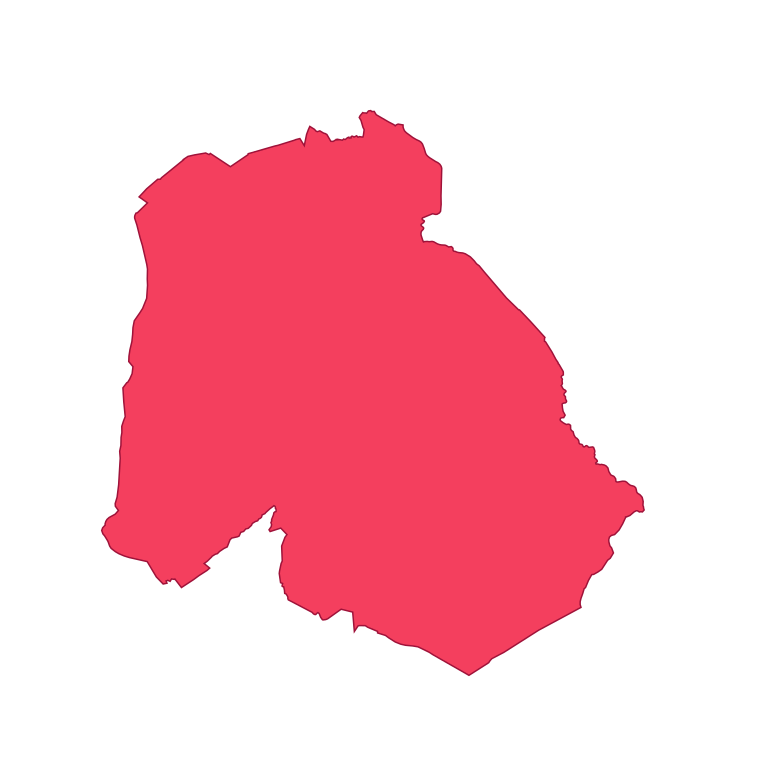 Jacona, Michoacán, Mexico, rotated 14°
{"feature_id": "50627088B36086667335144", "entity_name": "Jacona", "entity_type": "district", "adm_level": 2, "iso_a3": "MEX", "parent_name": "Mexico", "parent_adm1": "Michoacán", "projection": "mercator", "projection_center": [-102.302, 19.941], "detail": "fine", "context": "isolated", "style": "filled", "palette": "rose", "viewbox_px": 768, "rotation_deg": 14, "n_neighbors": 0, "source": "geoboundaries", "source_scale": "gbopen_adm2", "svg_char_len": 6170}
<svg xmlns="http://www.w3.org/2000/svg" viewBox="0 0 768 768"><g transform="rotate(14 384 384)"><path d="M135.0,214.7L135.3,214.9L118.2,237.7L117.5,239.4L114.9,240.1L106.5,252.0L101.1,261.7L110.7,265.5L103.3,277.5L102.0,278.2L101.5,280.6L101.6,282.3L102.0,283.5L105.7,289.4L111.9,301.0L116.1,308.1L124.9,325.4L126.7,329.7L128.9,339.4L130.7,345.5L133.0,358.3L131.5,369.1L129.9,373.9L126.4,383.1L126.8,390.1L128.1,396.7L129.1,403.8L129.2,412.2L129.8,418.6L130.9,424.0L136.2,427.9L137.1,434.9L136.1,440.6L134.9,444.4L134.1,445.0L131.6,450.9L135.8,464.2L140.8,478.3L140.2,482.7L139.8,488.5L141.4,494.5L141.8,499.4L143.6,507.3L143.8,513.2L146.0,519.8L150.9,545.9L152.4,558.3L152.1,565.1L152.9,567.6L156.9,571.0L154.7,575.3L149.6,580.0L148.0,582.4L147.3,584.7L147.2,587.3L147.6,588.3L145.8,591.6L145.5,594.4L147.5,597.4L149.7,599.0L153.3,602.5L154.4,603.7L157.0,607.6L159.0,609.5L164.0,611.7L167.8,612.8L173.5,613.7L178.7,614.0L197.2,613.6L209.8,626.3L218.1,631.5L221.6,629.8L220.2,627.8L221.7,626.8L224.2,627.2L225.0,624.6L228.3,624.2L228.4,623.9L236.7,630.5L246.6,619.8L250.8,614.7L257.3,607.8L259.4,604.8L252.9,601.7L255.4,598.7L258.6,593.5L258.8,592.8L261.5,590.0L263.4,588.9L265.0,586.2L268.6,582.2L271.3,580.0L272.3,572.3L273.6,570.3L278.8,567.7L280.2,566.6L280.9,562.6L283.5,561.0L284.9,558.1L287.2,556.9L289.6,553.2L289.9,551.4L290.2,550.9L292.4,548.6L294.5,547.3L295.2,545.2L296.2,544.5L297.2,543.2L297.4,542.5L297.4,540.5L299.8,538.6L300.4,537.3L303.6,532.5L306.2,529.3L306.5,528.7L306.9,528.7L308.0,529.2L308.4,529.7L308.6,530.8L309.2,531.2L309.8,532.3L310.1,533.9L309.0,534.5L308.3,535.6L308.4,537.8L307.8,542.3L307.8,543.3L308.2,544.0L307.8,545.8L308.9,547.5L309.1,549.6L307.7,553.3L309.2,554.7L318.7,548.8L326.3,553.6L325.0,556.7L323.9,566.0L328.1,580.4L327.6,583.0L327.9,590.8L328.2,593.2L331.7,601.8L333.9,602.1L333.9,604.3L334.1,604.9L334.6,605.1L335.7,605.0L337.2,608.0L338.3,611.2L339.7,611.4L341.3,612.8L342.3,614.1L342.7,615.7L343.4,616.6L369.4,622.9L371.2,624.1L372.5,624.4L373.5,624.2L374.9,621.9L375.3,621.8L376.7,622.5L378.9,625.6L381.1,627.5L381.8,627.7L384.4,626.7L386.1,625.5L396.9,612.9L408.8,612.9L415.1,631.3L417.4,624.9L418.8,624.3L424.3,623.0L427.2,624.0L437.6,625.6L438.0,627.1L446.3,627.6L450.1,629.2L457.3,631.6L463.2,632.4L468.1,632.3L475.3,631.2L480.6,630.8L492.5,633.3L497.2,634.9L536.9,646.1L553.0,629.1L553.9,626.6L555.1,624.4L565.3,615.3L593.7,585.4L629.2,553.1L627.7,550.6L627.0,547.8L627.0,544.3L627.5,539.2L627.7,534.3L628.8,532.7L629.9,525.2L631.7,518.7L633.5,518.0L637.1,514.6L640.1,511.1L643.6,500.9L645.7,498.3L647.5,492.4L644.5,488.0L642.3,486.3L640.4,482.8L639.7,480.6L639.8,477.9L641.3,475.9L644.2,474.3L647.4,468.8L649.4,461.9L650.8,454.6L650.7,454.5L651.0,454.3L651.2,454.5L654.4,452.1L657.7,447.5L659.4,446.0L660.4,445.7L662.8,446.4L664.1,445.8L665.7,445.6L666.9,443.3L666.0,441.8L665.5,440.4L664.6,439.1L663.9,435.3L662.0,431.6L661.1,430.8L658.9,429.4L657.1,428.9L655.7,428.1L655.2,427.4L654.3,425.4L653.4,423.9L651.8,422.9L650.2,422.7L647.7,422.7L645.4,421.8L643.1,420.5L641.4,420.1L638.9,420.6L634.5,422.6L633.1,422.7L632.6,422.4L631.7,419.9L630.0,418.4L629.1,417.9L626.5,417.5L625.4,416.7L623.3,414.5L621.6,411.3L619.4,409.8L617.5,409.3L614.4,409.4L613.2,410.0L610.6,409.9L609.2,410.4L608.5,409.4L609.7,407.6L609.5,406.9L608.8,406.2L606.3,404.7L606.0,404.2L605.7,403.5L605.8,401.6L605.4,401.5L605.0,400.7L604.9,398.5L604.4,397.3L602.7,394.8L601.6,394.6L598.2,395.9L597.6,395.8L596.5,395.0L595.4,394.8L594.8,395.1L593.8,396.4L593.2,396.6L592.4,396.5L591.5,395.3L590.7,394.8L588.4,394.8L587.5,394.0L586.7,392.0L586.0,391.2L584.4,390.1L583.1,389.7L582.4,389.3L580.7,387.5L579.0,384.5L577.5,383.9L576.1,382.8L575.0,379.0L573.8,378.4L573.0,378.3L572.4,378.4L570.6,379.2L567.3,378.3L564.3,377.0L563.5,376.2L563.6,374.5L564.9,373.6L566.5,373.2L567.3,370.4L564.4,367.2L562.9,363.9L562.1,361.5L561.8,361.1L561.8,360.0L562.9,359.1L564.6,358.4L565.2,357.6L565.4,357.0L565.3,356.4L563.7,354.5L563.1,352.4L561.3,351.1L561.1,350.5L561.2,349.4L562.4,347.4L562.2,346.7L561.0,346.0L559.5,345.7L558.3,344.7L557.1,343.3L556.3,342.8L556.8,341.6L557.0,340.4L556.0,337.8L556.0,336.5L555.7,335.9L554.4,334.7L554.2,334.1L554.5,333.1L555.8,331.8L555.2,329.4L554.8,328.5L549.0,322.5L548.2,322.2L547.7,321.1L544.8,318.5L539.3,312.4L530.7,304.1L530.1,303.8L529.4,303.8L528.7,301.0L528.9,299.9L510.9,287.8L497.5,279.3L496.7,279.5L482.0,270.9L454.1,251.0L447.8,246.3L444.7,245.0L441.8,242.7L437.1,239.8L431.5,238.0L428.8,237.8L424.7,238.4L422.4,238.4L421.5,238.1L419.3,238.2L418.6,237.5L418.1,235.7L417.6,235.2L417.2,234.9L416.0,234.4L413.6,235.4L410.9,234.6L409.6,234.5L405.9,235.2L404.0,235.3L401.9,235.1L397.9,234.0L396.2,234.0L393.4,235.0L391.4,235.2L388.7,236.1L387.9,236.1L388.1,236.5L387.9,236.6L387.0,235.5L383.9,230.5L383.4,228.8L383.3,227.4L383.6,226.3L384.7,224.4L384.8,223.1L384.2,222.5L381.8,221.4L381.4,220.6L381.5,220.0L383.4,217.8L383.8,216.4L383.5,215.9L381.4,215.2L381.0,214.5L381.0,214.1L381.2,213.5L382.3,212.7L390.0,207.0L392.9,207.0L394.4,206.5L396.4,204.6L397.1,202.7L396.0,195.9L393.8,187.7L387.9,161.0L387.3,159.7L386.4,158.5L384.9,157.2L382.7,156.2L380.4,155.7L373.5,153.4L371.5,152.5L369.8,151.4L368.6,150.1L365.9,145.6L363.3,141.9L361.6,140.5L359.7,139.7L356.1,139.0L352.4,137.9L344.9,134.8L342.8,133.5L341.6,132.1L340.4,130.2L339.8,128.0L334.8,128.4L333.2,129.6L332.4,130.8L330.9,130.0L325.1,128.6L311.3,124.6L308.6,121.9L306.1,122.6L305.0,121.9L302.9,122.8L301.6,125.5L300.3,125.5L298.8,125.9L297.7,125.8L295.9,129.5L295.5,131.4L297.9,133.8L301.5,140.0L303.2,142.0L303.8,147.3L303.8,149.4L302.8,149.7L300.4,149.9L299.1,150.8L297.4,149.8L295.2,151.6L293.6,151.2L292.9,151.3L292.2,152.1L292.5,153.1L290.7,153.8L290.2,153.0L289.0,153.8L287.3,156.1L286.4,156.2L285.7,156.0L284.6,157.5L279.5,157.8L279.3,157.9L280.2,158.2L278.0,158.9L276.0,160.9L273.7,161.4L268.2,155.7L266.3,155.2L264.8,155.2L260.5,153.9L258.3,155.3L256.9,155.1L254.9,153.7L249.7,152.0L249.1,155.3L248.5,160.5L249.0,172.0L243.0,166.2L239.1,168.3L238.1,169.1L223.3,178.1L220.5,179.5L196.5,193.4L196.5,194.5L182.4,210.3L159.7,202.3L158.8,203.7L155.1,203.0L144.6,207.6L138.7,210.6L135.0,214.7Z" fill="#f43f5e" stroke="#9f1239" stroke-width="1.5"/></g></svg>